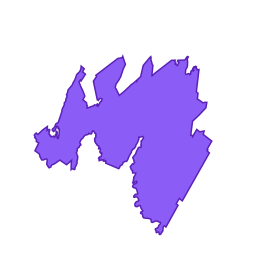 Plāņu pag., Strencu, Latvia, rotated 111°
{"feature_id": "27541924B27973755781373", "entity_name": "Plāņu pag.", "entity_type": "district", "adm_level": 2, "iso_a3": "LVA", "parent_name": "Latvia", "parent_adm1": "Strencu", "projection": "robinson", "projection_center": [25.864, 57.579], "detail": "fine", "context": "isolated", "style": "filled", "palette": "violet", "viewbox_px": 256, "rotation_deg": 111, "n_neighbors": 0, "source": "geoboundaries", "source_scale": "gbopen_adm2", "svg_char_len": 5890}
<svg xmlns="http://www.w3.org/2000/svg" viewBox="0 0 256 256"><g transform="rotate(111 128 128)"><path d="M185.3,162.8L183.8,163.3L181.7,163.0L178.8,163.0L177.5,163.7L175.3,163.9L172.4,164.8L170.0,167.1L169.3,167.4L168.6,167.1L167.9,167.3L167.3,167.3L165.5,168.0L163.6,167.0L163.2,166.6L161.7,166.8L160.9,166.0L160.6,165.9L159.9,166.5L159.9,166.8L158.8,167.8L158.2,168.0L157.0,167.6L156.0,167.8L153.6,166.5L152.6,166.4L150.0,165.4L149.6,165.0L149.5,164.5L148.3,163.0L147.0,162.6L147.3,162.1L147.0,161.7L147.0,160.8L146.7,160.2L146.2,159.9L144.0,160.1L143.2,159.9L143.2,159.4L143.9,157.7L144.9,156.9L144.8,156.2L145.4,155.6L147.0,155.3L147.9,154.7L149.2,155.2L150.1,155.3L151.8,154.5L151.8,153.9L153.0,153.7L153.4,152.8L154.0,152.4L154.3,151.3L155.0,150.9L155.0,150.0L155.6,149.2L155.5,148.8L156.6,148.1L157.5,148.2L157.9,148.1L158.0,148.0L157.6,147.5L156.8,147.2L157.1,146.6L158.0,146.1L159.5,145.8L160.4,145.8L160.8,145.1L161.3,144.7L161.2,144.0L160.7,143.6L160.9,143.4L164.3,142.9L164.9,143.3L165.1,143.9L165.1,144.1L166.8,144.7L167.1,144.3L166.9,143.7L167.9,143.7L168.4,143.4L168.8,143.3L168.6,142.6L167.7,142.1L167.5,141.4L167.0,141.1L167.1,140.6L166.9,140.3L167.2,139.7L166.5,139.3L167.7,139.0L167.6,138.3L166.5,137.2L168.8,136.2L169.3,122.1L168.2,121.7L166.2,121.7L164.4,120.3L161.6,120.0L160.1,118.5L159.6,117.3L157.3,116.9L154.5,116.9L152.0,116.6L149.9,116.1L148.4,116.4L146.4,116.0L146.3,115.7L145.4,115.5L145.1,114.9L142.4,114.2L141.7,114.5L137.7,113.9L134.5,113.9L132.8,114.7L132.6,113.9L132.4,113.9L130.6,111.1L131.8,109.9L134.9,110.6L135.5,111.1L137.8,110.1L139.3,109.9L139.6,109.3L141.5,109.1L141.8,110.4L142.5,111.2L146.9,111.7L149.3,111.6L153.8,113.0L156.6,110.5L157.1,110.4L157.8,109.5L159.9,110.2L159.9,111.0L163.4,112.0L165.8,109.9L166.1,108.3L167.1,108.3L168.3,107.4L168.1,107.2L167.7,106.0L167.4,104.5L169.9,104.5L171.9,105.0L174.2,104.3L177.6,103.9L177.5,103.3L177.1,103.0L174.9,101.4L174.6,101.0L174.7,100.7L175.1,100.4L175.7,100.3L176.9,100.6L178.2,102.0L179.0,102.6L180.1,102.8L181.1,102.7L181.7,101.4L181.6,100.3L181.4,99.7L181.5,98.9L183.0,97.3L185.8,95.4L186.2,95.4L186.5,95.7L186.8,96.1L186.9,96.9L187.3,97.4L189.4,98.2L190.3,97.9L190.5,97.6L190.3,96.9L189.4,95.9L189.1,94.8L189.5,93.9L191.6,92.0L192.2,92.0L192.4,92.1L193.4,93.4L194.7,94.2L196.2,94.4L198.0,93.7L198.5,93.0L198.3,91.5L196.2,89.5L196.1,88.9L196.2,88.6L198.4,86.9L200.0,84.5L201.2,84.8L201.3,85.3L201.9,85.9L202.9,85.8L203.2,85.4L203.1,84.5L203.3,83.9L204.0,83.2L205.6,82.3L206.0,81.7L206.3,80.9L205.1,76.6L204.9,73.8L206.9,72.9L207.4,72.4L207.5,71.8L207.3,71.2L205.2,69.1L204.7,68.2L204.4,66.8L204.7,65.6L204.5,64.0L204.8,63.6L205.9,63.5L207.8,64.3L210.0,64.3L210.6,64.6L212.2,66.2L212.8,66.2L213.3,65.9L214.0,65.0L215.4,64.2L215.5,63.9L215.2,63.4L214.2,62.7L214.1,62.3L214.2,61.9L214.5,61.6L216.1,60.6L216.0,60.0L215.3,59.4L211.5,58.6L207.7,59.7L207.1,59.6L206.3,59.1L206.3,58.6L206.9,57.1L182.2,53.6L181.6,55.8L175.4,54.9L176.6,51.2L122.1,43.1L121.1,45.8L119.8,45.6L119.5,46.5L110.2,45.1L107.1,55.4L103.5,55.9L105.9,59.7L104.7,63.3L112.9,64.6L112.0,65.4L111.9,66.1L112.1,66.9L98.3,70.2L97.6,69.7L90.5,66.3L81.2,62.5L75.8,63.6L76.6,65.7L77.0,66.0L77.6,67.1L76.5,71.3L76.1,73.6L70.5,75.1L70.3,75.3L70.2,76.2L69.6,77.2L48.0,82.7L48.9,84.2L47.8,85.0L47.6,85.6L47.7,85.9L46.3,86.1L46.1,86.9L46.9,87.8L47.5,87.5L48.0,87.9L47.7,88.5L49.3,88.8L50.1,88.7L50.0,87.7L50.7,87.2L51.3,87.5L51.3,88.4L51.5,89.1L51.8,89.4L52.9,89.5L55.2,88.9L55.9,89.2L56.1,89.4L55.5,90.2L55.4,90.8L55.9,91.5L57.0,92.6L57.1,93.1L56.8,93.7L56.2,94.1L53.3,94.9L52.4,95.0L50.3,94.6L48.5,94.8L44.7,96.1L42.4,97.4L40.0,97.2L39.9,98.1L40.1,98.3L43.4,99.1L44.3,99.5L46.8,105.6L48.1,105.7L48.3,104.0L52.0,104.3L51.3,106.9L50.3,106.4L49.1,108.3L47.8,108.2L49.2,111.6L67.8,122.9L69.9,123.8L70.6,124.3L70.2,124.6L60.6,127.2L60.0,128.1L55.8,131.2L54.0,131.7L53.2,132.3L54.7,133.0L64.1,136.2L75.5,134.6L78.7,136.2L80.7,136.5L80.0,136.8L83.6,138.7L86.7,140.7L87.8,141.1L96.0,145.1L100.7,147.8L95.8,153.1L94.8,154.4L94.5,154.5L91.3,154.9L86.4,153.7L82.6,153.2L74.5,153.6L69.5,153.2L68.4,154.0L68.0,154.6L62.9,158.6L64.6,158.7L64.5,159.1L65.1,159.7L66.7,162.4L90.3,176.9L91.1,175.8L96.7,177.1L112.7,166.8L112.8,165.5L111.7,165.6L111.3,165.3L111.3,165.1L110.8,164.9L110.2,164.1L110.2,162.5L112.7,162.5L113.0,162.7L113.1,163.1L117.0,163.6L116.5,165.3L117.1,165.5L117.6,163.7L118.4,163.9L118.2,164.4L118.4,164.8L118.1,165.7L118.4,167.6L119.4,167.9L124.0,173.3L122.3,174.1L121.8,173.9L121.1,174.8L119.2,175.8L117.8,180.2L113.7,179.7L109.0,183.9L106.8,186.4L102.5,190.3L100.3,189.7L101.0,188.7L93.0,187.0L91.9,190.5L88.4,190.1L87.0,193.9L89.6,193.2L92.6,193.3L96.3,195.0L102.7,194.9L104.7,195.4L107.9,195.5L114.0,197.6L117.0,197.1L119.0,197.4L119.8,196.3L123.4,196.3L125.4,195.8L127.3,196.5L129.1,195.8L134.0,196.2L137.0,195.6L148.1,195.1L148.7,195.9L150.2,196.9L152.6,196.8L154.7,197.3L155.6,198.0L157.0,198.1L158.0,196.3L157.0,195.7L156.7,195.1L152.0,195.2L151.6,194.9L152.0,193.8L153.5,193.2L153.8,192.6L153.2,192.3L154.0,191.5L158.4,190.2L162.7,189.4L162.9,190.3L161.3,191.3L157.4,192.5L156.6,193.3L157.5,193.6L159.6,192.8L160.6,193.4L161.1,192.9L163.0,193.3L162.4,194.2L162.3,194.7L163.1,195.1L163.1,195.5L163.6,196.4L163.1,197.0L163.5,197.5L162.2,198.6L162.4,199.1L161.7,199.6L160.0,200.3L160.0,200.1L159.4,200.1L157.8,200.4L157.6,201.3L158.0,201.5L158.5,202.4L159.1,202.7L155.5,203.8L160.6,207.1L166.3,209.8L165.6,211.9L167.1,212.7L168.1,212.9L168.6,212.7L169.3,211.6L170.3,211.7L171.7,209.2L173.5,208.8L173.9,206.0L182.6,206.7L184.0,201.5L186.8,199.5L187.3,198.5L187.8,198.3L188.7,197.1L188.7,196.7L188.0,195.4L186.1,193.3L186.0,192.9L186.7,191.9L190.0,191.2L191.2,190.7L193.4,187.7L193.3,187.1L192.2,186.4L192.1,186.1L190.5,186.1L189.5,185.7L188.4,184.3L186.5,182.9L182.4,180.2L184.3,172.2L178.5,169.1L181.5,168.3L187.2,166.2L186.4,165.8L186.0,165.2L186.1,163.4L185.3,162.8Z" fill="#8b5cf6" stroke="#5b21b6" stroke-width="1.5"/></g></svg>